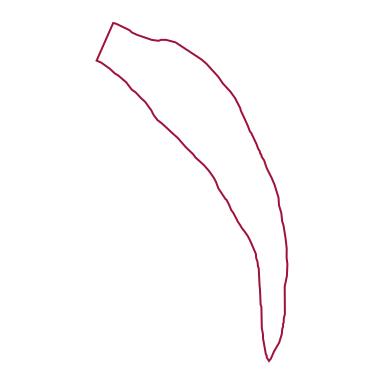 the district of La Libertad, Huehuetenango, Guatemala
{"feature_id": "79465075B32919336538902", "entity_name": "La Libertad", "entity_type": "district", "adm_level": 2, "iso_a3": "GTM", "parent_name": "Guatemala", "parent_adm1": "Huehuetenango", "projection": "equal_earth", "projection_center": [-91.902, 15.54], "detail": "fine", "context": "isolated", "style": "outline", "palette": "rose", "viewbox_px": 384, "rotation_deg": 0, "n_neighbors": 0, "source": "geoboundaries", "source_scale": "gbopen_adm2", "svg_char_len": 1479}
<svg xmlns="http://www.w3.org/2000/svg" viewBox="0 0 384 384"><path d="M269.0,361.0L270.9,358.6L274.0,351.5L279.2,342.6L281.8,334.0L282.3,328.7L283.1,326.7L283.0,323.9L283.6,322.8L283.9,317.8L284.9,314.1L284.7,286.6L286.9,276.0L287.3,266.5L287.4,264.0L286.6,257.7L286.7,248.4L285.5,237.9L283.5,225.4L282.2,221.4L281.3,213.0L279.0,205.3L278.5,197.6L274.5,184.6L271.6,177.8L266.6,167.9L264.1,160.3L261.8,157.0L261.2,154.5L260.4,153.8L259.6,150.9L258.2,148.8L256.4,143.9L251.3,133.1L249.9,131.4L247.8,125.8L244.5,118.5L240.8,110.6L240.2,108.1L235.0,98.0L230.5,91.8L222.8,83.4L218.3,76.8L206.4,63.7L201.7,59.6L175.4,42.3L166.2,39.9L160.8,39.9L158.6,40.8L151.8,39.9L136.9,34.8L131.8,32.4L129.8,30.4L126.7,28.8L116.0,23.7L113.2,23.0L96.6,60.6L101.2,62.6L110.0,68.9L114.8,73.4L118.4,75.6L126.3,82.4L131.3,89.1L132.9,90.5L135.6,92.3L140.8,97.9L145.1,101.8L151.3,110.3L152.9,113.6L154.0,115.5L157.5,120.1L162.1,123.6L173.2,133.9L177.9,138.1L185.8,147.2L193.2,154.3L195.4,157.4L204.0,165.2L208.7,170.6L210.1,172.5L213.7,177.6L215.9,181.7L218.4,188.4L225.5,199.1L226.4,199.6L228.2,203.0L229.0,204.6L231.2,210.0L233.5,213.2L238.0,221.9L241.1,226.6L241.7,227.8L244.8,231.8L245.5,232.8L247.5,235.6L249.5,239.3L250.4,241.2L251.1,242.8L255.9,254.0L256.2,258.1L257.5,261.7L258.0,266.6L258.7,268.1L259.6,285.9L260.0,289.7L260.4,299.1L260.6,304.6L261.4,307.0L261.8,328.2L263.0,334.5L263.0,338.2L265.9,354.5L266.7,355.5L266.7,357.4L269.0,361.0Z" fill="none" stroke="#9f1239" stroke-width="2"/></svg>